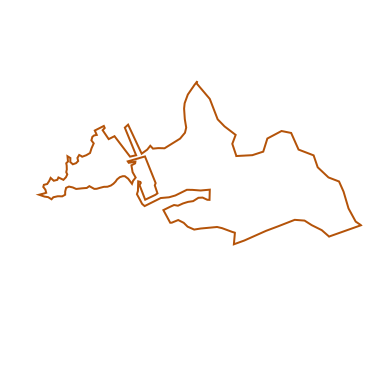 outline of Gangseo-gu, South Gyeongsang, South Korea, rotated 66°
{"feature_id": "91817680B91211823266814", "entity_name": "Gangseo-gu", "entity_type": "district", "adm_level": 2, "iso_a3": "KOR", "parent_name": "South Korea", "parent_adm1": "South Gyeongsang", "projection": "orthographic", "projection_center": [128.865, 35.107], "detail": "fine", "context": "isolated", "style": "outline", "palette": "amber", "viewbox_px": 384, "rotation_deg": 66, "n_neighbors": 0, "source": "geoboundaries", "source_scale": "gbopen_adm2", "svg_char_len": 2428}
<svg xmlns="http://www.w3.org/2000/svg" viewBox="0 0 384 384"><g transform="rotate(66 192 192)"><path d="M290.8,51.3L285.6,54.5L270.7,55.7L253.3,53.4L242.2,53.4L234.2,61.4L220.6,67.1L220.3,67.1L208.0,66.0L196.6,77.4L196.3,77.4L178.4,77.4L172.7,85.4L173.8,101.4L184.1,110.5L182.9,121.9L177.2,136.8L177.0,136.7L176.9,136.8L164.4,135.6L157.6,128.9L145.3,135.6L136.1,139.0L135.9,139.0L114.4,137.9L114.2,137.9L95.0,143.5L94.8,143.6L92.9,142.1L94.2,144.3L95.0,145.9L101.3,156.2L107.9,162.6L112.6,165.3L122.4,168.9L130.8,171.1L135.0,174.3L138.4,181.2L140.9,199.3L138.2,204.9L136.5,210.0L132.8,211.3L135.1,215.7L136.5,222.4L104.5,223.0L105.9,227.2L135.7,228.1L134.5,234.2L109.5,240.1L109.8,246.6L99.2,248.5L98.0,245.7L95.8,245.7L96.3,255.8L101.1,255.8L100.5,258.4L101.1,260.6L103.9,262.9L107.6,262.0L111.2,266.0L114.9,269.3L115.4,273.6L115.1,278.0L114.0,278.6L112.3,280.0L114.3,282.8L117.4,283.4L118.5,286.2L118.2,289.6L115.1,291.0L111.5,289.3L108.7,291.2L113.7,292.9L114.6,295.2L116.8,295.7L120.5,297.2L122.7,298.8L125.2,298.8L127.2,301.1L128.6,304.5L124.4,308.1L126.1,310.1L125.5,313.7L121.6,315.4L123.8,317.9L125.8,321.0L125.2,324.4L126.9,325.8L130.3,325.0L133.4,325.5L133.1,328.1L132.3,332.8L136.2,328.6L138.2,325.5L141.5,323.3L140.4,320.8L141.3,316.3L143.2,312.3L142.9,309.0L139.9,307.6L137.0,305.3L137.0,302.2L139.3,299.1L142.1,296.6L144.1,290.4L145.5,286.5L144.9,283.4L149.4,280.0L150.3,277.8L150.8,274.1L151.4,270.5L152.8,267.1L153.1,263.5L152.5,260.4L151.4,257.6L150.0,255.3L149.1,251.9L149.4,248.8L150.3,246.9L153.9,244.9L160.1,243.5L157.8,241.3L155.9,237.6L149.7,238.2L143.0,236.5L142.7,232.3L141.3,231.4L139.6,237.9L137.9,238.2L140.4,220.5L169.1,221.6L170.8,223.3L179.2,224.1L179.7,226.7L180.0,237.9L164.3,237.1L162.9,235.1L161.8,235.1L160.4,236.8L169.1,241.0L171.6,243.2L178.1,242.7L182.6,242.4L185.6,241.0L184.8,223.0L187.5,215.1L188.4,208.6L187.9,195.8L190.1,191.0L194.1,183.6L197.1,174.8L206.3,179.2L205.3,181.2L201.4,184.6L199.9,188.5L200.8,194.7L199.4,199.7L198.8,204.8L198.8,210.4L196.6,213.7L196.6,218.0L196.9,225.5L211.2,224.4L211.8,223.0L212.0,216.0L216.8,212.1L221.9,210.1L227.2,205.3L228.9,198.9L234.1,183.5L234.1,183.4L237.2,179.3L245.0,171.3L246.5,169.5L246.6,169.4L246.9,169.5L256.8,175.0L257.6,163.9L257.6,159.2L257.6,148.9L257.6,140.2L258.4,126.8L259.2,109.5L263.9,100.8L271.0,96.1L279.6,89.0L288.2,85.0L288.5,84.9L288.5,84.3L291.1,51.2L290.8,51.3Z" fill="none" stroke="#b45309" stroke-width="2"/></g></svg>